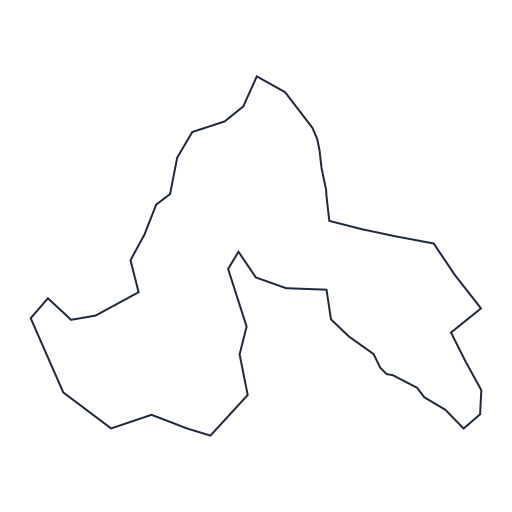 the Municipality of Siguldas
{"feature_id": "LVA-5778", "entity_name": "Siguldas", "entity_type": "Municipality", "adm_level": 1, "iso_a3": "LVA", "parent_name": "Latvia", "parent_adm1": "", "projection": "orthographic", "projection_center": [24.938, 57.102], "detail": "fine", "context": "isolated", "style": "outline", "palette": "slate", "viewbox_px": 512, "rotation_deg": 0, "n_neighbors": 0, "source": "natural_earth", "source_scale": "10m", "svg_char_len": 780}
<svg xmlns="http://www.w3.org/2000/svg" viewBox="0 0 512 512"><path d="M463.6,428.6L445.5,409.9L424.3,397.3L417.1,387.8L392.8,375.2L386.6,374.1L380.2,367.7L373.7,354.2L348.9,336.5L331.0,319.4L326.5,289.7L286.1,288.2L255.9,277.5L238.5,251.8L228.1,268.9L246.6,326.6L239.6,354.4L247.7,395.0L210.4,435.6L187.4,428.6L151.5,414.8L111.1,428.4L63.3,392.5L30.7,318.2L47.9,298.3L71.1,319.8L95.5,315.6L138.6,292.2L130.5,260.2L144.5,234.5L156.2,204.6L170.1,194.0L177.2,157.6L192.3,132.0L224.7,121.4L243.3,106.4L256.8,76.4L285.1,92.2L312.6,128.1L317.3,139.3L319.5,150.2L321.6,168.5L326.1,189.6L326.5,196.2L329.3,220.9L361.8,229.2L395.8,236.4L433.7,243.5L454.7,274.8L481.0,308.4L451.0,332.5L465.5,361.4L481.3,390.2L480.1,414.3L463.6,428.6Z" fill="none" stroke="#1e293b" stroke-width="2"/></svg>